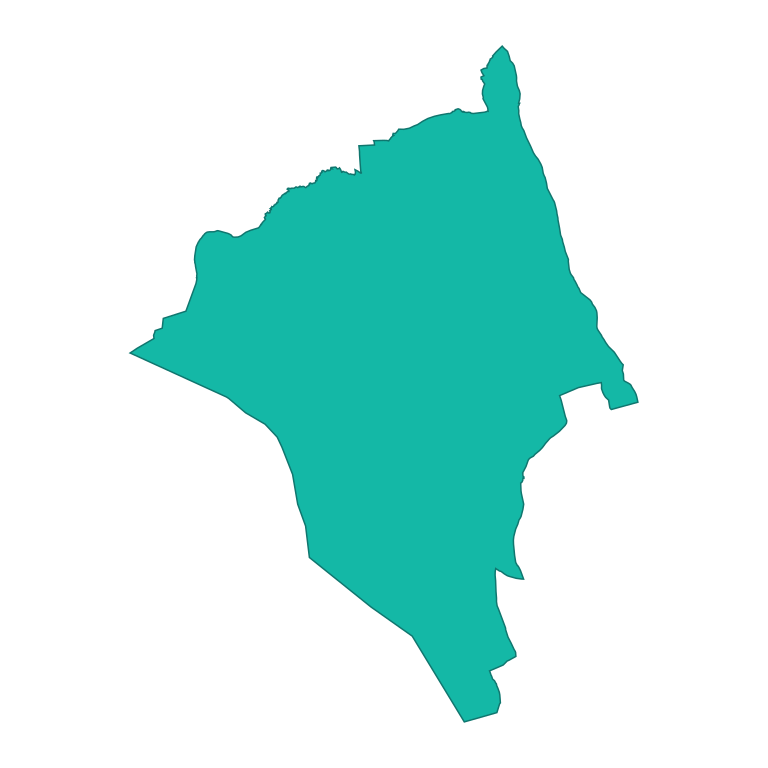 the district of Corbasca, Bacau, Romania
{"feature_id": "2599482B394059638430", "entity_name": "Corbasca", "entity_type": "district", "adm_level": 2, "iso_a3": "ROU", "parent_name": "Romania", "parent_adm1": "Bacau", "projection": "equal_earth", "projection_center": [27.141, 46.291], "detail": "fine", "context": "isolated", "style": "filled", "palette": "teal", "viewbox_px": 768, "rotation_deg": 0, "n_neighbors": 0, "source": "geoboundaries", "source_scale": "gbopen_adm2", "svg_char_len": 6079}
<svg xmlns="http://www.w3.org/2000/svg" viewBox="0 0 768 768"><path d="M282.0,447.3L292.6,474.4L297.7,504.2L305.6,526.0L309.4,557.5L371.0,607.0L412.2,636.1L464.3,721.9L496.9,712.6L499.3,704.8L499.7,703.6L500.4,702.9L499.8,694.9L499.3,692.2L497.9,688.3L496.7,685.6L496.4,683.9L495.7,683.0L494.5,680.7L492.6,679.1L491.6,676.1L491.1,675.3L489.9,671.7L489.5,670.9L503.2,665.0L507.3,660.9L508.7,660.4L515.9,656.4L515.6,652.4L515.2,651.3L514.1,649.5L511.2,643.3L508.0,637.1L505.6,629.5L505.6,628.3L505.3,627.3L498.5,609.1L497.1,605.8L496.5,601.8L496.5,598.0L496.0,591.7L495.6,580.6L495.1,575.2L495.2,571.8L495.7,568.5L499.3,570.9L501.2,571.5L504.2,573.8L507.3,575.7L509.7,576.5L516.2,578.3L521.3,579.0L523.6,579.1L520.5,570.6L518.8,567.2L517.7,565.6L517.4,565.6L515.7,562.4L514.6,555.4L513.5,544.0L513.4,540.1L513.8,536.4L515.7,529.0L517.8,524.2L519.0,520.0L520.4,517.8L521.1,516.3L522.9,509.3L523.7,504.2L521.4,493.6L521.0,490.9L520.7,483.1L521.8,482.3L522.7,480.6L523.0,478.1L523.9,478.3L523.9,476.9L523.2,476.4L522.8,475.1L522.9,473.6L522.6,473.0L526.0,466.5L528.2,460.2L529.2,458.8L530.4,457.8L533.4,456.2L535.0,454.3L539.8,450.3L542.4,447.6L545.5,443.4L549.6,438.7L550.7,437.7L553.4,436.0L559.5,431.2L565.0,425.5L566.4,423.3L566.7,421.5L566.7,420.4L565.3,416.5L561.2,400.3L559.6,395.6L578.4,387.6L596.8,383.4L601.3,382.6L601.6,385.6L601.5,388.2L601.7,389.2L602.9,392.6L604.2,395.2L605.6,397.3L608.6,400.1L609.7,407.1L610.1,408.3L611.3,409.5L637.9,402.2L636.8,397.1L636.0,394.3L634.7,391.6L632.0,387.3L630.9,385.1L630.3,384.4L628.5,383.2L624.5,381.1L623.7,380.1L623.4,374.0L622.3,370.6L623.2,364.8L621.8,363.4L620.0,360.9L614.3,352.2L608.5,346.5L605.6,342.4L604.0,339.6L602.0,336.7L601.5,335.4L597.9,330.0L597.1,328.3L596.8,326.4L597.2,317.8L596.9,312.9L596.5,310.8L594.9,307.4L592.4,304.1L591.6,302.0L590.1,300.0L580.7,292.6L578.9,288.3L577.9,287.0L577.1,285.1L575.1,281.2L573.9,279.4L573.5,277.7L571.0,274.4L570.3,273.0L569.2,269.4L568.3,261.4L568.4,259.4L565.3,251.5L564.3,247.1L562.7,241.8L562.3,239.3L560.6,235.1L559.5,227.9L558.0,220.0L557.9,218.0L557.0,213.9L556.6,210.7L554.6,202.7L554.0,201.2L553.2,200.0L547.3,188.4L546.5,183.1L545.1,177.5L544.1,175.6L543.2,173.2L542.2,167.4L540.9,164.2L538.1,159.2L535.4,155.9L533.4,152.7L530.5,146.0L526.5,137.8L523.8,130.5L522.2,127.9L521.3,125.7L520.7,122.3L519.8,119.0L518.9,114.7L518.7,113.7L518.8,110.6L518.2,106.5L519.1,104.8L519.2,103.9L519.6,103.3L518.6,103.2L519.7,99.0L520.1,93.8L519.3,90.5L517.7,86.9L517.3,85.6L516.5,81.0L516.6,77.8L516.4,75.7L514.2,65.8L512.7,63.2L510.2,60.7L509.2,56.4L507.5,51.4L504.1,48.3L502.2,46.1L496.2,51.9L492.6,56.0L493.0,56.7L491.9,58.0L490.1,59.2L490.1,60.2L489.6,60.8L489.2,62.1L487.9,64.2L487.9,65.0L487.1,65.3L487.0,68.0L483.8,68.5L481.0,70.1L482.0,72.7L483.9,75.7L481.0,77.1L481.2,79.2L482.3,79.5L482.6,80.9L484.7,84.0L483.8,86.2L482.6,90.3L482.4,94.0L483.3,97.3L483.0,98.7L487.4,107.0L487.8,108.6L488.1,111.2L487.5,111.0L486.6,111.6L484.5,112.2L473.5,113.5L471.1,113.3L470.5,112.6L468.8,112.2L467.0,112.5L464.2,112.2L464.1,111.7L463.1,111.4L462.8,112.0L461.6,111.4L460.8,110.2L459.8,109.4L458.1,108.8L455.3,109.7L455.5,110.2L453.9,111.3L452.4,111.5L452.2,112.3L449.8,113.6L448.5,113.5L440.9,114.8L434.4,116.3L427.9,118.5L422.6,121.3L417.6,124.6L414.2,125.9L409.4,128.2L403.9,129.3L398.7,129.2L397.8,130.8L395.4,133.5L393.2,133.4L392.8,134.9L393.7,135.5L392.7,136.0L390.8,137.9L390.5,138.8L389.7,139.3L388.7,140.9L386.9,140.5L383.5,140.4L373.7,140.7L374.2,141.8L374.5,145.0L358.9,145.8L359.5,151.2L359.6,155.1L360.5,168.2L360.8,171.4L361.4,172.9L361.2,173.1L360.6,173.1L358.0,171.2L355.0,169.7L355.5,172.2L355.1,174.3L354.8,174.3L354.3,175.0L353.2,174.4L351.3,174.4L350.8,173.9L349.8,174.2L348.6,173.9L346.2,172.1L345.0,172.3L343.2,171.4L342.6,171.5L342.3,172.1L341.7,172.3L340.5,169.4L339.5,167.9L338.9,168.5L337.3,168.9L336.5,168.1L336.4,167.6L335.6,167.1L331.0,167.5L330.8,168.0L331.9,168.8L330.7,168.8L330.1,170.2L329.4,170.6L328.5,170.7L327.9,170.5L327.9,170.0L327.2,170.1L326.9,170.8L325.6,171.5L325.0,171.8L323.8,170.8L322.8,170.5L321.7,171.2L322.0,172.3L321.0,173.1L320.3,173.1L320.2,175.0L318.7,176.0L318.5,176.9L317.3,176.9L317.2,177.3L316.7,177.3L316.6,178.3L317.2,178.1L317.4,178.3L317.0,178.9L317.1,179.4L316.9,179.7L316.8,180.6L316.2,181.0L316.0,180.5L315.7,180.5L315.8,181.2L314.8,183.0L313.1,183.2L312.4,183.7L310.9,183.5L310.7,183.1L310.3,183.4L309.8,183.2L309.4,183.4L309.4,183.8L309.5,184.0L309.4,184.5L308.9,184.8L308.8,185.5L307.4,186.2L305.8,187.6L305.0,187.3L303.9,186.5L303.1,186.4L301.4,186.8L300.3,186.4L300.3,186.8L299.8,186.9L299.7,186.4L297.8,187.6L296.0,186.9L294.2,188.2L291.6,188.2L291.1,188.3L290.9,188.6L288.1,188.2L287.2,189.1L288.8,190.2L288.8,191.5L287.5,191.5L286.3,192.9L285.7,193.0L285.8,193.3L285.4,193.6L285.2,193.3L282.2,195.3L280.5,198.0L279.2,198.1L278.2,199.9L277.9,202.4L277.3,202.8L276.9,202.6L276.6,203.6L275.7,204.2L275.3,204.2L274.9,204.9L274.2,205.1L273.6,206.4L272.3,206.9L271.9,206.7L271.9,207.1L271.1,207.6L270.9,208.2L270.4,208.5L271.3,208.9L271.3,209.4L270.8,209.3L270.9,209.6L270.6,209.9L270.5,210.3L269.8,210.6L270.2,211.3L270.2,211.8L269.8,212.1L269.9,212.7L268.9,213.1L268.3,212.9L267.7,212.1L266.8,212.9L266.2,213.7L265.4,213.7L265.3,214.6L265.5,215.4L266.0,215.8L264.4,217.5L264.8,218.4L265.4,218.9L265.4,219.4L262.3,222.6L261.8,223.7L261.0,224.3L261.2,224.7L260.7,225.0L259.2,227.2L258.4,227.9L250.9,230.2L245.8,232.3L241.1,235.8L238.1,237.0L234.5,237.2L233.0,237.0L232.0,236.1L231.1,235.0L229.3,234.0L227.9,233.4L218.5,230.8L217.2,230.7L214.8,231.6L213.4,231.8L209.6,231.8L207.3,232.1L206.4,232.5L204.7,233.8L204.1,234.7L203.2,235.5L201.4,238.1L200.2,239.3L199.1,240.9L198.9,241.7L198.4,242.0L196.2,246.8L194.8,255.8L194.5,259.9L194.8,261.2L194.8,262.5L195.4,264.7L195.5,266.1L196.7,272.7L197.0,273.9L196.7,275.5L196.8,277.2L196.5,277.7L196.9,278.0L196.7,278.4L196.8,279.5L196.0,283.5L185.9,311.2L163.3,318.4L162.2,328.2L155.1,330.6L154.8,332.2L153.6,335.3L154.0,338.5L137.1,348.3L130.1,353.0L226.5,397.0L228.8,398.5L245.6,412.8L265.1,424.2L277.2,437.1L282.0,447.3Z" fill="#14b8a6" stroke="#0f766e" stroke-width="1.5"/></svg>